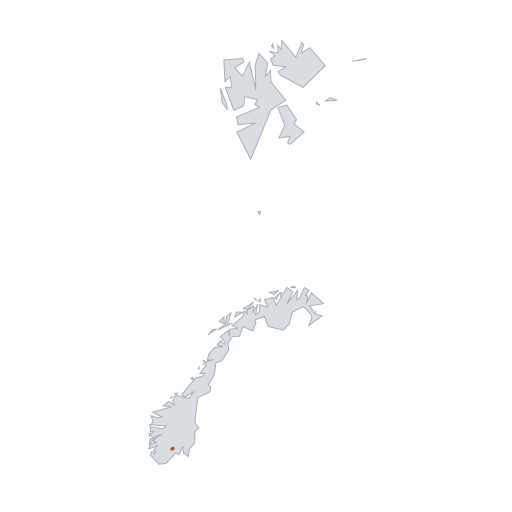 Bø nor, Telemark, Norway (highlighted), rotated 6°
{"feature_id": "86288312B18605763304298", "entity_name": "Bø nor", "entity_type": "district", "adm_level": 2, "iso_a3": "NOR", "parent_name": "Norway", "parent_adm1": "Telemark", "projection": "mercator", "projection_center": [8.999, 59.44], "detail": "medium", "context": "in_parent", "style": "filled", "palette": "amber", "viewbox_px": 512, "rotation_deg": 6, "n_neighbors": 0, "source": "geoboundaries", "source_scale": "gbopen_adm2", "svg_char_len": 4320}
<svg xmlns="http://www.w3.org/2000/svg" viewBox="0 0 512 512"><g transform="rotate(6 256 256)"><path d="M270.6,315.3L261.5,319.7L263.0,322.6L260.6,330.9L250.4,327.6L248.0,337.4L241.1,338.5L237.1,346.1L238.8,352.0L233.1,363.6L227.3,366.3L226.9,378.6L221.9,389.1L224.5,390.7L224.4,395.9L212.8,402.9L212.7,428.0L217.1,432.7L213.5,437.2L214.7,448.3L209.8,454.6L209.5,462.6L204.6,459.6L203.1,452.5L200.6,461.6L196.7,460.4L188.2,471.8L181.1,473.2L171.9,465.0L172.5,461.6L175.5,463.3L177.1,461.7L174.2,460.6L177.4,455.0L169.6,459.0L170.6,454.0L176.2,451.9L173.2,451.3L175.8,446.8L181.0,443.3L175.8,445.4L169.7,454.1L170.0,448.6L173.0,448.1L169.6,444.2L172.7,441.1L169.5,441.8L168.8,436.7L181.3,437.8L184.7,434.5L169.4,434.8L170.8,431.0L168.3,425.9L175.0,427.1L179.4,426.0L169.6,422.2L187.8,414.7L179.4,414.8L184.5,409.7L191.0,413.1L188.1,408.9L190.7,402.8L204.1,404.8L208.4,397.2L199.8,404.0L196.8,401.4L208.6,383.4L214.8,381.6L217.3,378.1L212.5,379.0L218.1,368.9L216.5,366.7L224.2,363.7L218.6,364.7L219.2,358.4L224.7,351.0L232.7,349.6L226.7,348.5L229.9,343.7L233.8,347.3L234.4,344.6L228.9,339.9L236.3,333.0L238.2,338.7L237.5,331.6L245.8,329.7L239.4,328.0L249.2,317.4L250.1,311.9L253.8,314.6L252.3,311.5L258.9,306.0L258.6,312.7L262.8,303.5L261.5,314.2L265.4,311.0L264.6,304.1L272.9,305.5L269.1,298.3L277.3,295.7L281.4,302.8L290.1,284.0L296.3,287.6L291.8,300.6L300.8,285.8L301.2,295.1L303.7,293.2L307.4,282.4L312.3,284.6L309.3,290.1L311.6,290.3L311.1,298.0L315.0,286.7L328.1,296.3L314.7,299.9L320.3,307.1L327.9,308.7L315.8,319.7L318.1,311.9L316.9,308.4L308.4,301.4L298.1,308.0L296.1,320.2L291.1,326.9L275.6,324.8L270.6,315.3ZM237.8,54.3L247.5,63.1L246.5,77.1L251.0,69.8L252.7,81.3L269.3,98.0L255.6,109.2L240.6,160.3L224.0,134.8L241.9,123.6L224.6,127.3L222.0,119.8L243.5,108.1L239.0,105.4L241.1,100.4L228.2,98.6L227.9,108.1L218.8,113.5L207.8,91.4L214.2,91.3L211.6,80.2L206.9,85.6L203.6,64.5L222.1,61.0L223.5,64.4L215.1,71.0L223.7,78.7L229.1,64.2L238.4,90.5L235.2,66.2L237.8,54.3ZM259.2,38.8L274.9,54.3L279.3,38.9L281.2,40.7L279.9,49.4L287.8,43.3L305.0,59.4L285.1,83.5L261.6,73.7L258.8,70.2L265.6,64.9L253.0,64.4L250.1,58.6L253.8,54.8L248.0,51.0L256.8,51.9L255.8,44.2L259.3,48.0L259.2,38.8ZM270.7,102.6L282.0,116.1L280.0,120.8L290.9,127.7L278.0,141.4L275.7,140.2L277.3,133.5L266.5,136.2L271.0,122.8L262.2,106.2L270.7,102.6ZM234.8,327.5L239.6,324.9L225.6,333.7L232.7,326.6L233.1,319.3L237.1,315.3L234.8,327.5ZM242.4,313.8L249.0,313.2L241.2,318.8L242.4,313.8ZM248.9,309.6L258.4,302.2L253.4,310.0L248.9,309.6ZM202.9,92.9L210.7,107.5L212.4,113.7L206.3,106.6L202.9,92.9ZM230.4,320.0L231.5,326.6L226.3,325.0L230.4,320.0ZM281.9,287.6L278.2,292.7L273.1,290.5L279.0,289.5L281.9,287.6ZM282.6,291.3L280.9,297.2L278.7,295.6L282.6,291.3ZM219.7,334.2L224.7,332.7L219.3,336.9L219.7,334.2ZM344.0,49.0L331.3,52.2L344.5,48.3L344.0,49.0ZM313.1,90.8L320.3,92.8L309.2,94.5L313.1,90.8ZM293.4,283.5L297.3,282.1L298.5,283.4L293.4,283.5ZM285.1,289.7L284.3,292.9L283.3,290.2L285.1,289.7ZM264.8,298.4L264.8,301.5L263.3,300.4L264.8,298.4ZM255.8,211.0L255.3,214.8L253.4,211.8L255.8,211.0ZM303.8,99.4L300.5,98.7L300.1,96.7L303.8,99.4ZM205.7,383.3L206.7,385.4L204.0,384.9L205.7,383.3ZM258.4,297.7L260.3,298.9L261.4,300.7L258.4,297.7ZM250.3,43.2L251.8,47.3L249.5,45.7L250.3,43.2ZM192.0,401.4L188.9,401.6L192.1,400.5L192.0,401.4ZM187.6,404.6L186.5,406.3L186.0,405.4L187.6,404.6ZM218.5,337.5L216.8,339.7L218.6,336.0L218.5,337.5ZM169.1,444.9L168.7,447.2L168.5,444.1L169.1,444.9ZM215.3,367.1L214.6,365.4L215.5,365.5L215.3,367.1ZM321.2,304.2L320.8,306.7L320.6,306.2L321.2,304.2ZM216.1,368.8L214.4,369.1L216.5,368.4L216.1,368.8ZM211.0,372.6L211.1,374.3L210.3,373.8L211.0,372.6ZM168.2,434.7L167.5,436.1L167.7,434.9L168.2,434.7Z" fill="#d9dde1" stroke="#a8b0b8" stroke-width="1"/><path d="M194.4,455.9L194.3,455.7L194.2,455.6L194.1,455.4L193.9,455.4L193.8,455.5L193.7,455.4L193.3,455.3L193.3,455.5L193.2,455.7L192.9,455.8L192.6,455.9L192.8,456.1L192.7,456.1L192.7,456.3L192.8,456.3L192.7,456.4L192.6,456.5L192.4,456.6L192.2,456.6L192.3,456.7L192.3,456.8L192.2,456.8L192.2,457.0L192.3,457.1L192.5,457.1L192.5,457.3L192.4,457.4L192.5,457.4L192.6,457.5L193.0,457.5L193.2,457.4L193.4,457.5L193.5,457.4L193.7,457.2L193.8,457.2L194.0,457.1L194.1,456.9L194.1,456.7L194.2,456.4L194.3,456.2L194.4,455.9L194.4,455.9Z" fill="#f59e0b" stroke="#b45309" stroke-width="1.5"/></g></svg>